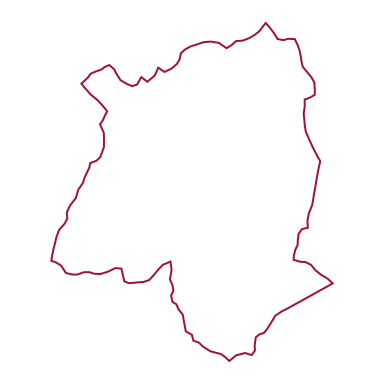 Santa Bárbara d'Oeste, São Paulo, Brazil (Albers equal-area conic projection)
{"feature_id": "56859067B87945303247777", "entity_name": "Santa Bárbara d'Oeste", "entity_type": "district", "adm_level": 2, "iso_a3": "BRA", "parent_name": "Brazil", "parent_adm1": "São Paulo", "projection": "albers", "projection_center": [-47.432, -22.803], "detail": "fine", "context": "isolated", "style": "outline", "palette": "rose", "viewbox_px": 384, "rotation_deg": 0, "n_neighbors": 0, "source": "geoboundaries", "source_scale": "gbopen_adm2", "svg_char_len": 2101}
<svg xmlns="http://www.w3.org/2000/svg" viewBox="0 0 384 384"><path d="M265.6,23.0L259.2,31.4L254.5,35.0L249.4,38.0L242.8,40.6L236.0,41.1L231.6,45.1L226.6,48.2L218.7,42.8L210.5,41.6L203.7,42.2L197.8,44.1L190.7,46.4L185.3,49.3L180.9,53.2L179.7,59.2L176.9,63.9L171.5,68.6L164.5,71.9L158.2,67.7L154.8,75.4L147.4,81.8L141.3,77.1L137.0,84.6L132.1,86.1L126.7,83.8L120.6,80.3L116.4,73.7L114.2,69.3L109.3,65.0L105.1,66.8L101.4,69.5L95.5,71.6L90.8,73.6L87.8,77.7L81.4,83.6L85.0,88.1L91.0,94.8L97.4,100.0L103.1,106.2L107.2,111.3L104.9,115.6L102.8,120.4L100.0,124.3L103.8,132.9L104.0,139.8L103.9,147.2L100.3,157.1L96.5,160.7L90.2,163.1L89.3,167.7L86.7,173.1L84.5,177.7L82.9,183.0L78.3,189.6L75.9,197.9L69.8,205.9L66.8,212.5L67.3,218.6L64.6,223.7L59.2,229.8L56.4,237.2L55.0,243.3L53.4,249.4L52.0,256.2L51.3,260.8L56.1,262.5L61.2,265.7L65.9,273.0L72.4,274.5L77.6,274.5L83.9,272.2L89.5,272.2L94.4,273.8L100.3,274.0L107.4,271.9L115.3,268.1L121.4,268.6L124.3,281.3L129.1,283.2L143.6,281.9L149.1,280.1L153.8,275.0L158.7,269.1L162.9,264.8L170.4,261.6L171.6,269.4L169.9,279.5L172.5,285.2L173.4,290.8L171.1,295.4L172.5,301.9L176.4,304.3L178.3,309.0L182.8,314.7L184.0,321.8L185.8,331.4L191.9,334.8L193.3,340.6L198.9,342.6L203.1,346.7L210.2,351.2L215.6,352.7L220.8,354.0L225.0,356.9L229.3,361.0L236.0,355.4L245.1,353.0L251.7,355.1L254.9,350.5L254.7,344.9L255.8,337.3L259.6,334.2L264.0,332.9L267.1,329.0L271.5,322.0L275.3,315.7L281.9,311.3L288.2,308.1L310.2,295.9L332.7,283.4L327.6,278.6L321.3,275.0L315.4,270.2L311.0,264.8L305.3,262.0L300.4,261.8L293.6,259.8L293.9,255.2L295.3,249.8L297.6,245.1L297.8,240.4L298.6,233.9L301.9,229.2L307.9,227.7L307.4,220.9L308.9,213.2L312.2,205.1L314.3,192.4L315.2,187.5L316.1,182.2L317.0,176.8L318.0,171.3L320.2,161.1L317.5,156.5L315.4,152.4L312.9,147.6L309.6,140.3L305.8,131.8L304.7,124.8L304.3,119.4L303.7,113.8L304.7,106.5L304.7,99.5L309.9,97.6L314.8,94.8L314.8,89.1L314.3,82.5L311.5,77.4L305.7,70.3L302.8,66.8L301.4,61.0L300.7,56.1L299.7,51.0L298.1,46.1L294.8,39.1L288.5,38.8L283.2,40.1L277.5,39.0L274.0,33.1L269.1,26.8L265.6,23.0Z" fill="none" stroke="#9f1239" stroke-width="2"/></svg>